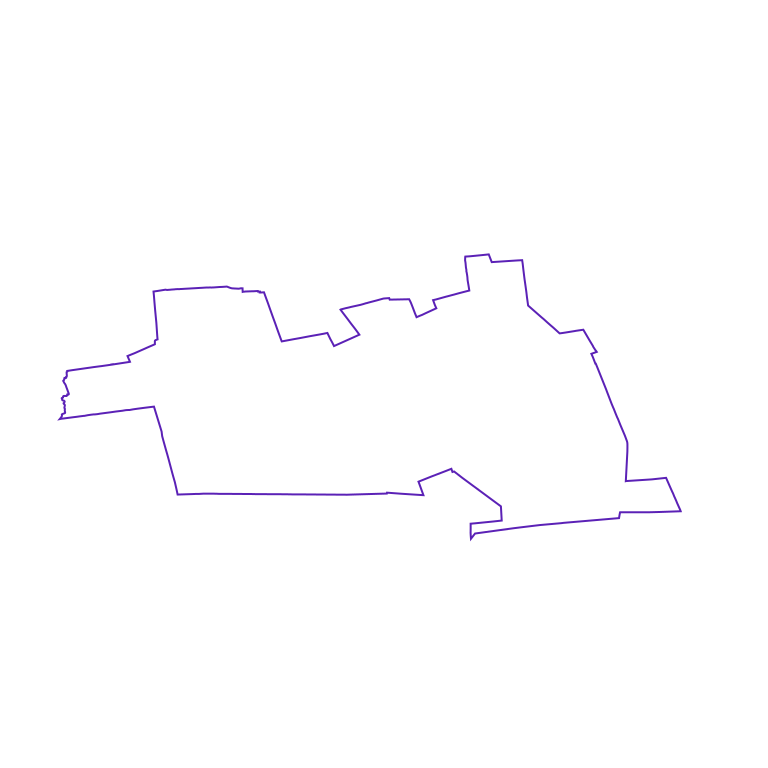 outline of Baba Ana, Prahova, Romania, rotated 11°
{"feature_id": "2599482B26950775852697", "entity_name": "Baba Ana", "entity_type": "district", "adm_level": 2, "iso_a3": "ROU", "parent_name": "Romania", "parent_adm1": "Prahova", "projection": "natural_earth1", "projection_center": [26.48, 44.974], "detail": "fine", "context": "isolated", "style": "outline", "palette": "violet", "viewbox_px": 768, "rotation_deg": 11, "n_neighbors": 0, "source": "geoboundaries", "source_scale": "gbopen_adm2", "svg_char_len": 5913}
<svg xmlns="http://www.w3.org/2000/svg" viewBox="0 0 768 768"><g transform="rotate(11 384 384)"><path d="M498.9,519.3L501.9,513.4L538.3,501.0L544.1,499.1L559.0,494.3L564.0,492.7L584.5,486.8L586.9,486.0L640.3,470.8L640.2,467.6L640.2,464.9L640.5,464.8L667.9,459.5L679.6,456.9L699.5,452.3L698.8,451.1L694.5,445.0L693.2,443.0L692.5,442.0L691.4,440.4L690.3,438.9L689.8,438.1L688.5,436.1L687.8,435.2L686.3,433.1L682.4,427.5L678.8,422.3L665.2,426.5L640.1,433.1L639.9,433.2L635.8,404.0L635.0,399.5L634.4,396.5L633.9,394.8L633.4,393.8L631.9,391.3L630.3,388.7L623.7,378.9L620.3,373.6L619.3,372.3L616.8,368.5L614.2,364.4L613.6,363.6L611.2,360.0L606.4,352.3L603.9,348.3L603.8,348.1L603.0,346.8L590.3,327.1L588.0,323.6L587.6,323.7L584.0,317.9L581.8,314.8L586.7,311.9L586.3,311.5L585.8,311.0L584.7,310.1L583.9,309.2L582.6,307.9L581.9,307.0L581.9,306.9L577.3,301.8L569.3,292.7L565.3,294.1L562.2,295.2L561.2,295.6L552.2,298.9L549.4,299.9L546.8,300.8L546.4,300.6L539.5,296.4L536.5,294.7L532.4,292.3L528.3,289.8L526.1,288.6L519.4,284.7L510.5,279.5L507.7,271.3L506.4,267.2L505.8,265.4L503.5,258.7L502.1,254.7L501.4,252.6L498.9,244.9L497.2,239.5L496.0,236.1L491.2,237.3L466.5,243.8L462.1,236.8L455.2,238.9L447.5,241.2L443.4,242.4L439.5,243.4L439.5,244.0L439.6,244.6L440.0,247.1L440.9,249.5L442.2,254.0L443.1,256.3L443.4,257.8L443.9,258.8L444.8,261.2L445.5,263.3L446.1,265.6L446.5,266.8L448.2,271.3L448.9,273.2L449.7,275.4L449.9,276.0L447.1,277.3L439.8,280.8L435.6,282.9L433.7,283.8L429.6,285.8L428.3,286.4L427.1,287.0L423.3,288.9L418.9,291.1L416.2,292.3L418.7,296.5L420.9,299.7L411.3,306.6L408.2,308.9L406.3,310.1L403.2,312.2L402.5,311.1L400.9,308.7L397.7,303.5L395.1,299.4L394.1,298.0L393.7,297.5L392.5,296.0L392.1,296.1L373.5,300.1L372.7,298.7L367.9,300.0L367.0,300.3L366.8,300.4L361.0,303.3L355.6,305.9L353.3,307.0L351.6,307.9L351.0,308.1L348.4,309.5L345.8,310.8L337.0,314.6L335.1,315.5L331.7,317.0L327.3,319.1L327.1,319.3L330.3,322.2L335.7,327.0L340.1,331.0L344.8,335.1L348.3,338.3L350.4,340.3L345.3,343.9L327.7,356.3L327.1,355.5L325.3,353.2L322.8,350.2L319.8,346.2L318.7,344.7L315.1,346.2L311.8,347.5L301.9,351.3L292.9,354.9L286.4,357.4L275.8,361.6L275.5,361.7L274.8,360.6L272.8,357.3L270.5,353.5L268.3,349.8L265.9,345.7L264.1,342.7L261.8,338.9L257.6,331.8L254.6,326.7L250.6,320.1L248.7,316.9L247.9,317.1L244.8,317.9L244.5,317.9L244.5,317.0L242.6,317.3L242.4,316.8L238.0,317.9L234.3,318.7L234.0,318.8L230.5,319.6L229.6,319.9L227.9,320.4L227.7,320.5L227.0,317.7L226.9,317.1L225.4,317.3L223.7,318.0L222.6,318.3L221.4,318.4L219.7,318.7L218.7,318.8L217.3,319.0L216.3,319.1L214.9,319.0L212.5,318.6L212.1,318.5L211.6,318.4L211.0,318.4L210.6,318.5L209.5,318.8L208.0,319.2L206.1,319.7L204.3,320.1L198.8,321.6L196.3,322.2L194.4,322.5L193.4,322.8L192.2,323.0L190.4,323.4L187.0,324.3L183.8,325.1L181.1,325.8L168.9,328.9L168.2,329.1L166.5,329.5L165.7,329.7L165.2,329.9L164.5,330.0L163.4,330.2L161.1,330.8L160.2,331.1L157.6,331.8L155.9,332.3L154.8,332.6L153.8,332.9L153.0,333.1L151.5,333.1L143.9,335.9L140.1,337.2L141.3,341.2L143.2,348.0L145.2,355.0L148.9,367.5L152.3,380.3L153.2,383.4L152.6,383.7L152.4,383.9L152.1,384.1L151.3,384.6L150.9,385.3L150.9,385.8L151.3,387.6L151.5,388.7L144.1,393.8L142.7,394.8L133.2,401.4L130.4,403.2L126.9,405.5L130.4,410.7L130.2,410.8L114.3,416.5L114.2,416.3L112.8,416.8L112.9,417.0L102.5,420.6L102.1,420.7L96.1,422.7L95.2,423.0L93.8,423.5L91.8,424.2L90.6,424.6L78.5,428.8L75.6,429.8L70.6,431.6L70.8,432.2L70.2,432.9L70.3,433.6L71.0,436.0L71.1,436.8L71.1,437.1L71.0,437.5L70.6,437.7L70.7,438.0L70.8,438.5L70.6,438.8L70.3,439.0L69.6,439.0L69.4,439.0L69.2,439.0L69.1,439.4L69.2,439.6L69.2,440.1L69.2,440.5L69.1,440.8L69.1,441.2L68.8,441.6L68.6,441.8L68.5,442.1L68.6,442.3L68.9,442.6L69.5,443.4L70.1,444.1L70.5,444.5L71.0,444.9L71.4,445.4L71.9,446.1L72.7,447.5L72.9,447.9L73.5,448.8L74.4,450.3L75.4,452.0L75.9,452.8L76.4,453.6L76.4,453.9L76.5,454.2L76.3,454.5L76.1,454.7L75.7,454.7L75.3,454.6L75.1,454.6L75.0,454.9L75.1,455.4L75.1,455.6L75.0,455.9L74.8,456.2L74.5,456.4L74.0,456.5L73.8,456.5L73.5,456.5L73.1,456.6L72.6,456.7L72.0,456.8L71.7,457.0L71.4,457.4L71.4,457.6L71.4,457.8L71.5,458.1L71.5,458.3L71.5,458.5L71.3,458.7L71.0,458.9L70.7,459.1L70.4,459.3L70.4,459.6L70.5,459.8L70.7,460.0L70.9,460.4L71.1,460.8L71.2,461.0L71.3,461.2L71.5,461.3L72.2,461.4L72.6,461.4L72.9,461.4L73.2,461.6L73.6,461.9L73.8,462.0L73.8,462.4L73.8,462.8L73.7,463.2L73.5,463.5L73.2,463.8L73.2,464.1L73.2,464.3L73.4,464.5L73.8,464.8L74.2,465.0L74.6,465.4L74.8,465.9L74.8,466.4L74.8,466.9L74.8,467.5L74.8,468.0L74.8,468.4L75.0,468.6L75.2,468.9L75.5,469.3L75.6,470.0L75.6,470.5L75.7,470.9L75.8,471.2L75.9,471.6L76.2,472.2L76.4,472.7L76.4,473.0L76.4,473.3L76.1,473.6L75.6,473.9L74.8,474.4L74.1,474.8L73.9,475.0L73.7,475.2L73.6,475.4L73.7,475.7L73.8,476.0L73.9,476.4L73.9,477.0L73.7,477.7L73.4,478.3L73.0,479.2L72.4,480.3L74.1,479.6L76.6,478.8L80.5,477.5L85.3,475.9L88.7,474.8L91.6,473.8L95.3,472.6L96.1,472.4L99.0,471.2L102.1,470.1L104.6,469.3L106.0,469.0L108.6,468.2L110.9,467.3L121.4,463.8L126.0,462.2L132.2,460.2L135.1,459.1L136.7,458.6L139.1,458.1L142.4,456.8L146.7,455.3L148.8,454.6L153.3,453.1L162.5,450.1L174.8,473.2L175.5,475.4L176.2,477.5L178.2,481.6L180.6,486.4L182.8,490.8L184.6,494.3L186.3,497.7L188.2,501.6L193.4,512.3L194.7,514.9L197.5,520.4L199.0,523.8L200.9,528.1L202.5,531.9L216.1,528.8L220.8,527.7L223.8,527.1L227.7,526.1L232.8,525.1L235.0,524.7L237.6,524.2L240.3,523.7L242.5,523.4L253.9,521.2L257.4,520.6L259.3,520.2L269.6,518.3L275.4,517.2L280.1,516.4L285.8,515.3L303.7,511.9L311.3,510.5L316.5,509.6L317.4,509.4L326.3,507.7L369.0,499.7L372.5,498.9L407.7,491.0L407.7,490.1L421.3,488.5L433.1,487.0L443.9,485.6L437.6,475.1L436.5,473.3L448.3,465.7L460.0,458.4L466.3,454.4L468.0,457.3L469.5,456.5L478.6,461.1L522.1,481.8L522.6,483.7L525.6,495.6L517.2,498.2L499.9,503.4L495.7,504.6L496.5,508.6L496.7,509.7L497.2,512.4L497.3,513.1L497.6,514.4L498.1,516.4L498.9,519.3Z" fill="none" stroke="#5b21b6" stroke-width="2"/></g></svg>